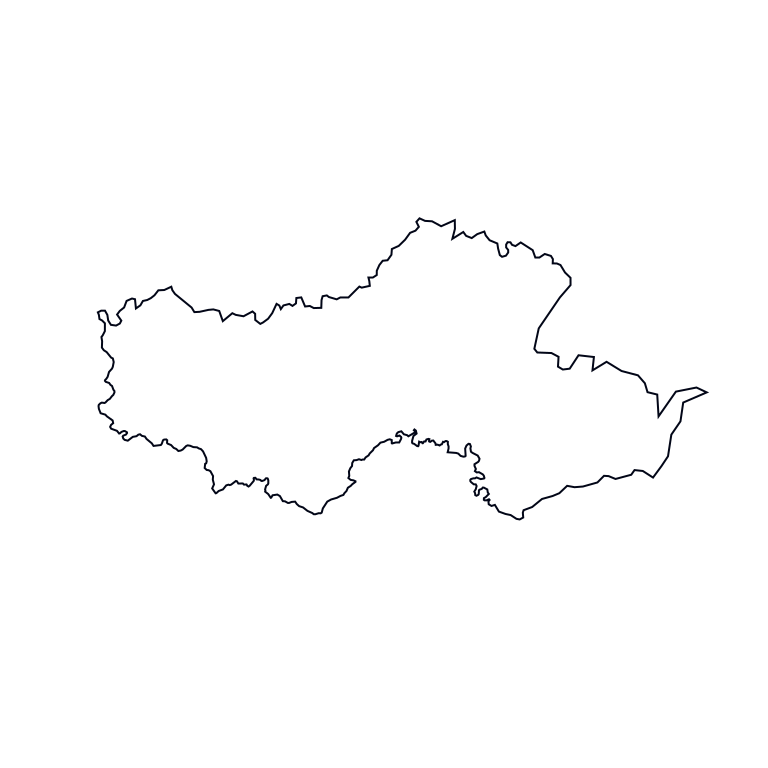 outline of Zémio, Haut-Mbomou, Central African Republic, rotated 38°
{"feature_id": "33826404B4042011562142", "entity_name": "Zémio", "entity_type": "district", "adm_level": 2, "iso_a3": "CAF", "parent_name": "Central African Republic", "parent_adm1": "Haut-Mbomou", "projection": "natural_earth1", "projection_center": [25.196, 5.379], "detail": "fine", "context": "isolated", "style": "outline", "palette": "ink", "viewbox_px": 768, "rotation_deg": 38, "n_neighbors": 0, "source": "geoboundaries", "source_scale": "gbopen_adm2", "svg_char_len": 6165}
<svg xmlns="http://www.w3.org/2000/svg" viewBox="0 0 768 768"><g transform="rotate(38 384 384)"><path d="M653.6,292.1L653.2,277.9L652.3,266.1L641.6,247.0L640.6,230.9L631.2,214.4L643.5,191.9L632.4,194.4L618.7,210.3L620.3,240.5L605.8,224.1L596.7,228.2L589.1,222.8L578.8,220.8L563.2,227.5L545.7,229.5L539.9,244.9L532.8,233.5L519.6,241.6L520.9,257.6L516.0,262.5L510.4,263.2L504.8,255.1L496.9,256.5L485.4,264.8L480.8,263.7L471.7,244.9L469.3,207.5L470.1,191.2L465.6,185.5L458.0,184.7L449.8,181.6L446.0,182.6L442.7,185.1L440.2,181.6L436.7,180.3L430.6,182.6L428.6,188.7L425.4,191.2L418.8,187.0L404.6,188.3L402.7,194.4L399.2,195.5L396.4,194.5L394.1,196.2L394.4,198.9L396.2,201.2L399.3,201.9L400.9,203.9L401.1,207.8L398.7,211.1L395.9,211.1L390.5,207.0L386.8,203.5L378.7,205.7L372.7,204.3L369.2,202.1L365.2,208.5L363.3,215.0L357.5,216.7L352.9,215.4L348.5,227.5L344.4,218.1L338.9,211.3L331.9,224.5L321.7,226.2L315.9,230.2L310.0,231.6L309.7,236.3L314.7,238.7L314.4,243.8L311.5,248.8L311.8,257.3L310.6,266.1L307.1,272.8L310.3,277.6L310.6,284.3L307.1,287.7L307.1,293.1L308.6,299.2L311.2,302.6L309.7,306.9L306.2,309.7L309.1,312.0L312.4,315.4L307.1,321.8L304.6,322.4L302.7,337.7L296.3,342.7L294.6,346.4L287.0,349.4L284.4,349.4L281.6,352.6L283.1,356.3L287.7,362.6L281.9,367.4L277.5,368.2L274.1,371.5L265.5,366.7L262.0,370.2L265.0,374.7L263.8,378.8L260.1,379.2L256.4,384.0L256.6,388.5L253.2,386.6L250.0,387.0L252.3,397.0L252.5,403.9L250.8,410.0L249.5,412.8L243.1,412.8L239.2,408.0L235.7,407.8L231.6,417.1L224.6,420.8L220.9,421.6L218.3,433.7L209.2,427.9L203.6,430.3L200.0,433.7L194.2,440.7L190.3,444.1L185.3,442.2L163.8,441.7L159.5,440.4L156.5,438.3L153.0,445.2L148.5,449.1L148.5,455.4L147.4,459.9L145.7,463.6L142.9,467.0L143.6,472.0L142.0,477.2L135.6,470.5L132.8,471.8L130.0,477.0L132.1,483.7L130.8,489.1L130.9,493.6L138.0,495.8L138.6,499.0L136.9,502.9L132.4,505.5L127.6,503.8L123.5,499.9L119.0,498.0L116.0,500.3L114.4,503.7L116.7,505.0L119.8,508.0L122.8,507.5L126.7,508.0L131.5,514.2L132.4,518.9L132.4,520.9L135.6,523.9L139.3,529.0L142.4,529.9L145.8,529.6L152.7,531.2L154.6,530.8L157.5,533.1L159.7,537.4L160.2,539.3L159.9,543.8L161.8,548.5L162.0,550.9L161.8,552.5L162.1,553.3L163.4,553.6L166.8,552.4L169.0,553.1L170.9,553.0L174.3,555.1L175.9,555.5L176.8,556.6L177.4,559.3L177.1,561.1L177.1,564.6L176.2,566.8L175.9,570.0L175.5,571.0L173.1,572.4L172.4,573.8L172.1,576.0L172.6,577.1L174.6,579.1L178.7,581.5L183.3,579.7L185.6,580.1L192.6,579.8L194.7,581.6L194.1,584.2L194.6,586.4L196.5,587.2L202.4,585.3L205.8,586.1L206.3,585.4L206.6,583.4L207.9,581.2L208.8,580.6L211.2,580.3L211.7,580.8L211.8,582.7L210.3,585.3L210.4,586.3L212.1,587.5L214.0,587.7L217.0,586.4L218.6,580.3L221.1,577.5L221.6,575.2L222.7,573.8L225.2,573.9L227.9,572.6L230.7,573.5L237.6,573.7L240.5,574.7L245.7,569.5L245.7,567.9L244.5,564.4L244.9,563.2L246.6,561.7L247.8,561.8L249.3,564.0L250.2,564.2L253.8,563.2L257.6,563.8L260.3,563.1L263.2,563.4L264.8,561.6L265.7,559.6L266.3,554.6L267.1,553.2L269.3,552.0L272.6,551.1L275.7,549.0L277.7,548.8L279.9,548.0L282.9,548.5L289.3,551.7L291.9,554.1L292.7,556.0L292.2,557.0L294.4,560.6L297.2,560.9L298.9,559.9L300.9,559.6L306.0,561.8L308.0,564.8L311.8,567.7L312.9,572.1L318.6,573.8L319.1,573.2L319.6,570.1L322.0,566.2L322.1,561.0L323.4,559.1L324.7,558.6L325.5,557.4L327.0,551.6L328.0,551.2L330.5,552.1L334.0,549.3L335.6,549.5L337.5,547.8L339.0,548.4L340.4,548.2L340.8,546.8L341.0,540.6L340.6,539.7L339.3,538.6L339.3,538.1L340.4,537.1L342.3,537.6L344.2,536.3L345.7,535.7L347.0,535.9L347.8,535.3L349.0,533.3L349.0,531.1L349.8,530.3L350.6,530.1L352.1,531.1L354.0,533.5L354.3,534.6L353.8,536.8L355.2,540.3L356.0,540.8L356.6,542.0L360.5,542.0L364.8,543.4L365.1,543.0L364.7,540.3L368.0,536.8L371.0,536.4L376.4,538.6L378.2,537.4L381.5,536.9L382.4,536.2L383.8,533.8L386.4,531.4L389.2,532.3L392.3,532.5L396.2,531.1L401.8,531.1L407.1,529.8L408.7,529.9L410.0,529.0L412.1,526.0L413.7,524.9L414.1,523.7L412.4,519.7L411.7,511.6L413.4,507.6L417.0,502.6L418.6,499.0L420.3,496.4L420.0,494.5L420.3,491.4L419.4,488.0L420.5,484.8L420.7,482.5L421.8,478.7L421.4,478.2L419.3,478.7L416.7,480.1L413.8,480.0L413.2,477.8L410.2,474.5L409.3,471.1L409.3,468.3L407.6,465.8L407.2,462.7L409.2,460.9L410.6,458.7L413.0,457.8L413.6,456.7L414.9,455.7L414.7,453.2L415.8,449.7L415.5,447.5L416.1,443.0L415.6,440.6L417.0,436.0L417.3,432.4L419.7,429.4L421.2,425.8L422.6,424.0L424.6,423.4L426.6,425.9L427.0,425.9L429.3,422.8L432.0,420.7L431.3,416.9L430.8,415.7L430.0,415.2L427.9,415.1L426.5,417.2L425.5,417.5L424.6,415.1L424.9,413.1L426.8,410.6L430.6,411.4L433.7,410.1L435.4,410.2L438.0,403.5L437.3,402.0L436.0,402.0L436.0,401.1L437.8,401.1L440.2,403.0L439.2,406.8L441.1,411.4L442.2,412.9L443.0,413.2L444.6,412.6L448.3,412.5L449.2,412.0L449.2,411.4L447.2,407.8L448.5,407.5L449.4,406.5L450.8,407.0L451.1,406.7L451.0,404.5L452.1,403.7L451.6,401.6L452.8,399.9L453.7,399.5L454.6,401.3L455.2,401.5L456.1,401.1L456.7,399.0L457.7,398.2L461.2,399.1L462.2,400.1L463.6,398.8L465.7,398.2L465.9,397.0L466.7,395.9L466.1,393.2L467.1,392.8L467.6,391.1L468.5,390.4L469.9,390.2L471.3,392.1L473.3,393.4L474.6,395.1L476.2,398.6L483.3,393.9L485.4,393.1L488.6,393.5L491.3,392.4L492.4,391.3L492.6,390.4L487.7,384.9L486.9,381.7L487.4,379.1L488.6,378.4L490.9,379.7L491.7,381.5L494.2,383.8L496.1,383.8L501.9,382.7L505.3,384.1L506.1,385.9L506.2,387.3L504.7,391.5L505.7,392.8L508.7,394.4L509.3,396.7L511.5,396.6L513.2,395.0L517.5,394.4L519.1,394.8L521.0,396.2L521.0,396.9L518.8,399.4L514.4,400.7L513.8,402.3L512.6,403.2L511.1,405.3L511.0,406.3L511.7,407.3L512.9,407.7L516.5,407.8L518.1,406.6L519.8,407.4L521.1,410.4L521.4,413.2L522.9,413.9L524.4,415.4L525.7,415.1L526.5,413.3L526.4,412.4L524.3,409.3L524.3,408.6L525.6,406.5L525.6,404.8L526.4,404.2L530.3,403.5L532.6,405.6L534.3,406.1L533.8,410.5L533.0,412.4L534.0,413.8L534.8,413.8L536.3,412.7L537.7,410.2L538.6,410.4L538.6,412.3L540.6,414.3L543.8,413.9L545.8,411.0L553.1,413.8L559.8,411.6L564.5,409.3L571.4,408.7L574.3,407.2L575.9,403.5L572.6,399.9L571.7,397.5L576.5,389.7L579.3,377.3L585.8,368.5L589.4,362.1L591.0,351.5L597.7,348.0L603.9,342.3L612.8,330.2L613.9,320.9L617.7,318.3L624.9,316.3L634.7,303.3L634.4,297.6L641.5,293.2L653.6,292.1Z" fill="none" stroke="#020617" stroke-width="2"/></g></svg>